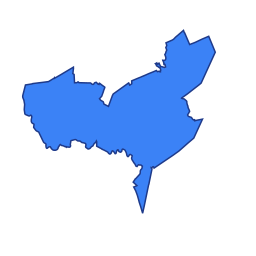 Dudestii Noi, Timis, Romania (Natural Earth projection), rotated 80°
{"feature_id": "2599482B49333964022937", "entity_name": "Dudestii Noi", "entity_type": "district", "adm_level": 2, "iso_a3": "ROU", "parent_name": "Romania", "parent_adm1": "Timis", "projection": "natural_earth1", "projection_center": [21.105, 45.83], "detail": "fine", "context": "isolated", "style": "filled", "palette": "blue", "viewbox_px": 256, "rotation_deg": 80, "n_neighbors": 0, "source": "geoboundaries", "source_scale": "gbopen_adm2", "svg_char_len": 5717}
<svg xmlns="http://www.w3.org/2000/svg" viewBox="0 0 256 256"><g transform="rotate(80 128 128)"><path d="M134.6,194.4L135.5,193.2L135.9,192.3L136.0,192.2L135.6,192.1L135.9,191.6L136.3,190.7L136.5,189.7L136.7,189.4L136.7,189.0L136.7,188.6L136.5,188.2L136.2,187.9L135.9,187.8L135.6,187.7L135.2,187.6L134.2,187.7L133.3,187.4L132.1,186.9L131.2,186.7L130.7,186.5L130.6,186.4L130.5,186.1L130.5,185.7L130.2,182.7L130.3,181.6L130.6,181.1L131.8,180.0L131.9,179.9L132.1,179.1L132.3,178.6L132.4,178.1L132.4,177.8L132.6,177.5L132.7,177.4L133.1,177.0L133.9,176.3L134.4,175.8L134.6,175.0L135.4,173.3L135.8,172.7L136.0,172.5L137.3,172.3L139.0,173.0L139.5,173.0L139.9,172.8L141.0,171.7L141.4,171.4L141.7,171.0L141.8,170.7L141.8,170.3L141.7,169.7L141.5,169.1L141.4,168.8L140.1,167.3L139.7,166.3L139.7,165.9L139.5,165.7L138.9,165.2L137.3,163.9L136.8,162.7L136.4,162.3L135.9,161.8L135.3,161.4L136.0,161.2L140.5,162.0L144.2,157.3L144.4,157.3L144.9,156.5L145.8,155.2L148.2,152.1L148.6,152.0L149.5,151.5L150.1,151.0L150.4,150.7L150.5,150.3L150.5,150.0L150.3,149.6L150.0,149.1L149.6,148.8L147.9,147.7L147.8,147.2L148.1,146.7L148.5,146.4L148.9,146.1L150.3,145.5L151.0,145.2L151.1,144.9L151.1,144.7L151.0,144.4L150.7,144.1L149.0,143.3L148.5,142.9L148.0,142.5L147.7,142.1L147.7,141.9L147.7,141.6L147.9,141.5L149.4,141.1L149.7,140.9L150.0,140.5L150.3,140.1L150.5,139.7L150.5,139.3L150.3,138.8L150.0,138.5L149.8,138.2L148.3,137.6L148.1,137.4L147.9,137.2L147.9,136.6L148.9,135.2L149.2,134.9L149.6,134.7L151.7,134.1L152.8,133.9L153.9,133.9L155.0,133.8L155.7,133.5L155.9,133.4L156.2,133.0L156.2,132.8L155.9,132.4L155.6,132.0L154.7,131.3L154.5,131.0L154.4,130.6L154.5,130.2L155.8,128.8L156.1,128.7L156.4,128.8L157.8,129.5L158.3,129.7L158.6,129.7L159.1,129.7L160.7,129.3L161.2,129.0L163.1,128.3L165.0,127.3L166.6,126.9L166.9,126.8L167.2,126.4L167.5,125.8L167.4,125.7L166.3,124.5L166.1,124.2L166.0,123.9L166.1,123.6L166.4,123.2L166.5,123.0L166.6,122.6L166.6,122.0L166.6,121.8L166.8,121.6L168.1,120.5L168.5,120.8L169.3,120.9L169.8,121.1L170.3,121.4L170.8,121.8L171.2,122.5L172.1,123.2L172.6,123.4L174.1,123.7L174.6,123.8L175.5,124.4L175.9,124.9L179.3,129.3L179.3,129.6L180.0,130.2L182.2,132.3L186.3,129.2L186.7,130.7L187.0,131.9L187.1,132.6L191.3,131.3L195.8,130.5L199.5,130.1L203.3,129.8L207.4,129.2L214.5,128.4L207.5,125.5L187.6,117.6L186.8,117.1L185.4,116.6L173.3,111.8L172.4,111.5L172.2,111.5L171.6,112.0L171.4,112.0L171.5,111.9L170.6,110.5L170.5,110.3L170.5,109.9L170.6,109.7L170.8,109.5L172.0,109.3L162.8,88.7L159.5,81.8L152.9,71.0L149.4,65.0L132.2,53.1L132.3,58.7L132.5,61.1L132.3,61.2L131.7,60.8L131.3,61.2L131.3,61.4L131.3,61.8L131.3,62.1L131.2,62.2L130.9,62.6L130.2,63.0L129.0,63.5L128.6,63.7L128.2,64.3L128.1,64.6L127.6,65.5L127.5,65.8L127.2,66.2L126.8,66.6L126.4,66.8L125.8,67.0L125.2,66.9L124.6,66.3L124.1,65.8L123.4,65.4L123.0,65.0L122.7,64.6L122.2,64.4L120.6,64.7L119.2,65.1L118.0,65.3L116.7,65.2L116.4,65.4L113.7,65.7L112.1,65.5L111.5,65.7L110.4,66.6L110.0,66.9L109.4,67.4L109.1,67.7L108.6,69.0L108.0,70.1L107.8,70.0L104.8,63.7L97.6,50.1L96.5,48.2L68.5,28.9L61.1,30.5L51.7,32.6L53.3,39.5L55.3,46.8L55.8,49.2L56.1,50.9L56.5,52.8L44.1,55.7L44.0,55.9L43.9,56.0L41.5,56.4L43.4,59.6L46.8,65.4L48.5,67.7L49.1,69.2L50.7,75.8L53.5,75.5L55.4,76.8L58.0,76.3L59.3,77.2L59.8,77.5L60.5,77.8L60.8,77.9L62.1,79.0L63.0,78.8L64.8,78.5L65.9,78.6L66.7,78.9L67.2,79.2L67.5,79.6L67.8,80.4L67.8,80.5L67.3,82.0L67.6,82.0L67.7,81.9L67.9,81.8L70.9,81.3L71.1,81.6L71.8,81.5L71.9,80.6L73.7,80.4L74.4,80.4L74.7,81.6L72.9,85.3L69.5,86.2L69.9,87.2L70.3,87.4L70.3,87.7L70.2,88.0L69.0,88.4L68.9,88.4L69.4,89.8L69.5,89.7L70.5,89.3L71.7,89.1L72.7,87.9L73.7,87.0L74.5,86.2L74.2,86.0L74.3,85.9L76.7,85.7L77.0,86.0L77.4,86.1L77.5,86.3L78.3,86.3L78.3,86.7L77.7,86.8L77.6,87.2L77.5,87.7L77.6,88.7L77.7,89.0L77.5,89.4L77.1,89.6L76.3,90.1L77.0,93.1L78.1,98.3L79.0,101.9L82.2,116.2L85.1,116.6L86.1,118.9L85.9,119.0L83.8,119.4L83.7,119.5L91.9,136.6L93.3,137.7L103.3,143.5L100.3,147.5L98.0,147.8L97.6,148.1L95.9,150.1L94.2,151.0L92.2,148.4L88.0,146.0L86.9,145.5L84.6,144.1L84.1,143.8L83.7,143.8L80.9,146.5L78.9,148.3L78.9,148.5L79.0,148.6L79.9,148.9L80.1,149.0L79.6,149.9L77.5,151.3L77.5,151.5L77.5,152.1L77.6,152.7L77.8,153.2L78.0,153.4L78.5,153.8L78.8,154.2L79.0,154.6L79.0,155.0L78.6,155.8L77.4,156.8L77.1,157.2L76.7,159.5L74.9,168.2L74.8,168.5L74.7,168.7L74.0,169.0L73.9,169.2L73.9,169.3L74.2,169.8L74.5,170.6L74.2,172.8L65.9,171.8L64.8,172.9L63.2,172.3L62.5,172.2L60.1,171.4L58.6,171.2L62.8,182.3L63.7,184.6L66.3,191.8L65.9,191.8L66.0,191.9L68.5,198.2L68.2,204.7L67.7,214.1L67.8,214.5L67.9,215.0L67.8,221.5L77.1,225.7L78.1,226.1L78.4,226.2L79.5,226.3L80.8,226.1L82.6,225.7L86.6,225.7L87.3,225.8L90.3,226.6L92.0,227.0L96.0,227.1L96.4,227.0L96.8,226.7L97.2,226.2L98.7,223.9L98.9,223.4L99.0,223.0L99.0,222.6L98.5,221.9L98.5,221.5L98.5,221.4L98.7,221.2L99.1,221.0L99.6,220.8L100.2,220.8L100.9,221.0L102.4,221.6L102.9,221.8L103.5,221.9L104.5,222.1L105.4,222.0L105.8,221.9L106.4,221.6L107.0,221.0L107.7,220.1L107.9,220.0L108.4,220.0L110.6,220.7L111.1,220.8L111.3,220.7L114.1,219.3L114.7,218.9L115.6,217.9L116.3,216.8L116.6,216.6L117.0,216.4L117.4,216.4L124.9,214.3L127.0,213.7L127.5,213.5L128.0,213.1L128.3,212.8L129.0,212.0L129.3,211.8L129.6,211.6L130.0,211.6L131.1,211.9L132.4,212.0L133.3,211.9L133.7,211.7L133.9,211.5L133.9,211.3L133.9,211.1L133.8,210.7L133.3,210.1L132.9,209.1L132.9,208.5L132.9,207.9L133.0,207.8L133.4,207.6L134.6,207.2L135.1,207.0L136.2,206.1L136.7,205.6L136.8,205.3L137.1,204.6L137.2,203.9L137.3,203.5L137.2,202.4L136.9,201.6L136.7,201.2L136.1,200.6L134.7,199.9L134.0,199.1L133.1,198.4L132.8,198.1L132.5,197.6L132.5,197.4L133.3,196.9L133.7,196.4L133.9,195.9L134.2,195.0L134.3,194.8L134.6,194.4Z" fill="#3b82f6" stroke="#1e3a8a" stroke-width="1.5"/></g></svg>